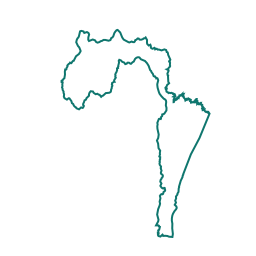 El Charco, Nariño, Colombia (Equal Earth projection), rotated 200°
{"feature_id": "7082276B87562004853041", "entity_name": "El Charco", "entity_type": "district", "adm_level": 2, "iso_a3": "COL", "parent_name": "Colombia", "parent_adm1": "Nariño", "projection": "equal_earth", "projection_center": [-77.861, 2.29], "detail": "fine", "context": "isolated", "style": "outline", "palette": "teal", "viewbox_px": 256, "rotation_deg": 200, "n_neighbors": 0, "source": "geoboundaries", "source_scale": "gbopen_adm2", "svg_char_len": 5846}
<svg xmlns="http://www.w3.org/2000/svg" viewBox="0 0 256 256"><g transform="rotate(200 128 128)"><path d="M195.1,133.8L194.0,135.6L193.2,135.8L190.4,133.9L189.2,132.2L187.7,131.8L186.5,130.5L185.2,129.8L184.0,129.6L183.2,128.9L180.4,128.8L179.1,131.3L177.6,131.3L177.2,131.7L177.0,133.4L177.2,133.9L178.1,134.3L178.4,135.7L178.2,136.9L178.3,139.1L177.2,140.3L177.2,141.9L175.7,145.0L176.2,146.3L176.2,148.2L175.6,149.8L173.4,150.3L172.3,149.3L169.9,148.7L168.5,149.7L166.9,149.3L166.1,149.5L163.9,148.1L163.3,149.3L162.5,149.9L160.8,153.2L157.7,154.7L156.7,155.8L156.6,156.9L157.0,158.3L156.9,159.9L157.3,161.1L157.1,162.3L157.4,162.9L158.0,163.2L158.3,165.0L157.1,166.3L157.0,166.8L156.6,166.9L157.2,167.5L157.3,168.5L156.7,171.1L157.5,171.7L157.6,172.9L158.2,173.6L158.3,175.2L158.0,176.2L158.0,178.6L158.7,180.2L157.9,180.9L158.3,181.4L158.1,182.4L158.4,182.7L158.8,186.4L159.7,188.0L159.5,189.1L157.8,189.1L156.0,188.2L154.0,188.2L152.4,187.1L151.2,188.0L150.9,189.1L150.5,189.4L149.2,189.7L147.7,189.2L147.1,189.4L146.2,191.4L145.3,192.4L145.0,195.3L144.2,196.8L143.2,197.7L141.9,198.2L141.2,198.1L139.4,197.0L135.0,196.8L132.3,195.4L129.9,193.5L127.0,190.0L125.7,189.4L124.9,188.4L123.2,187.4L121.6,185.5L120.2,185.7L119.7,185.1L118.7,184.9L118.4,184.3L117.6,184.8L117.2,184.7L115.9,183.1L115.5,179.2L114.9,177.8L113.9,175.9L111.4,172.5L110.1,171.0L107.5,169.3L104.3,167.7L103.5,167.7L101.8,166.9L101.0,165.5L100.2,162.2L98.7,160.1L97.9,157.6L98.8,153.8L100.5,152.4L100.0,151.4L100.0,150.8L100.6,149.9L100.5,148.7L100.2,148.1L100.3,147.6L101.7,147.4L102.1,147.0L102.2,142.8L101.4,141.6L101.1,139.7L100.1,137.4L96.9,132.3L96.2,128.9L96.5,126.1L94.4,123.7L92.4,119.5L90.0,117.7L89.5,115.2L88.9,114.2L88.8,111.9L87.8,111.7L87.1,109.4L87.3,109.0L86.9,108.0L86.9,107.3L86.4,106.9L86.3,105.5L85.6,104.3L83.8,103.1L83.6,101.7L83.4,101.7L83.0,100.7L81.9,99.4L81.9,97.6L81.6,96.7L81.1,96.2L79.7,95.9L78.8,94.9L78.8,93.4L79.3,92.3L79.2,91.6L79.6,90.3L79.3,88.6L77.6,87.3L77.8,84.7L76.0,83.4L74.5,83.1L74.1,83.2L73.6,84.1L73.1,84.2L71.8,82.3L71.8,81.4L72.7,80.1L72.5,78.1L72.9,77.5L73.8,77.4L74.4,76.7L74.8,75.1L73.5,73.1L73.1,69.6L72.0,67.9L71.8,66.1L71.9,62.0L71.0,56.6L68.0,52.3L67.7,50.6L68.3,46.1L66.1,46.9L65.5,46.7L65.3,46.1L64.2,46.0L63.9,43.0L64.5,42.5L64.6,41.9L63.2,39.6L63.1,38.8L63.8,39.0L63.2,37.6L62.4,36.9L60.4,37.1L59.1,39.6L58.8,39.4L58.9,38.7L58.1,38.6L56.0,39.5L54.0,40.0L52.3,39.9L49.0,40.8L49.6,43.8L52.1,48.8L53.6,53.3L55.1,55.9L55.9,58.2L56.4,60.9L56.4,62.8L55.9,65.7L55.0,68.2L54.9,69.6L55.7,70.8L57.8,71.8L57.4,74.3L58.8,75.9L58.7,78.3L59.5,80.0L58.8,82.3L59.1,83.3L58.7,85.2L59.7,88.6L59.7,89.9L60.0,90.3L60.4,96.5L60.0,100.5L60.3,101.9L60.1,103.0L60.3,103.3L59.9,124.8L57.4,143.1L56.3,169.4L56.6,169.6L56.7,169.3L57.0,169.6L57.0,169.3L58.0,169.7L58.3,170.2L58.5,170.0L59.2,170.4L59.8,170.2L60.0,169.7L60.8,169.8L61.7,170.3L62.0,170.9L62.6,171.0L62.6,171.4L63.2,170.9L63.3,171.2L63.6,170.7L64.0,171.1L64.2,170.8L64.5,171.4L65.1,171.6L65.1,172.4L64.5,172.8L64.1,172.7L64.0,173.0L64.8,173.3L65.2,173.9L65.9,173.9L66.6,174.8L66.5,175.2L67.9,175.2L68.0,176.1L68.3,175.8L68.3,174.9L68.9,174.8L69.0,175.5L69.8,174.5L70.1,174.6L70.2,175.5L70.7,175.7L71.3,174.3L71.8,175.3L71.4,175.8L72.0,176.3L72.1,177.2L72.6,177.3L73.1,176.8L73.5,177.0L73.6,177.3L73.2,177.8L73.3,178.7L73.7,178.6L74.4,177.0L74.3,176.3L73.4,175.4L73.8,174.9L75.0,175.3L75.2,174.6L75.7,174.6L76.7,173.8L77.1,174.2L77.6,173.6L78.1,174.5L78.8,174.5L78.7,176.0L80.1,176.2L80.1,175.6L80.8,175.3L80.5,174.7L81.3,176.1L81.6,176.3L82.3,174.5L82.9,174.6L82.5,175.2L83.0,175.3L83.1,174.2L83.5,173.5L84.4,174.8L85.9,175.6L86.4,176.7L87.2,176.5L87.5,177.2L87.4,178.4L88.1,177.7L88.1,178.3L88.6,177.9L88.7,178.5L89.3,177.3L90.7,176.3L90.4,175.9L90.8,175.7L90.7,174.1L91.1,174.1L90.8,173.3L91.8,173.2L91.8,172.4L92.2,172.4L92.1,171.7L92.6,171.6L92.6,170.8L93.9,170.5L94.0,169.7L93.7,169.5L93.9,169.2L93.8,168.0L94.0,167.9L94.9,170.5L94.6,171.8L94.9,172.6L94.6,173.3L96.0,173.1L94.9,174.9L95.8,175.8L96.9,175.4L97.2,175.8L97.7,175.5L98.2,175.9L99.3,175.9L100.1,175.3L101.8,175.2L101.9,174.8L104.3,175.4L104.9,176.5L105.1,178.5L105.8,178.6L106.2,178.0L106.6,178.6L106.0,180.2L105.9,182.1L105.2,183.0L104.7,184.2L105.9,185.1L108.1,190.3L108.2,191.1L108.8,191.2L109.6,192.6L109.4,195.4L109.6,196.1L111.5,196.4L110.7,197.0L110.2,198.8L109.6,199.9L109.6,200.7L110.1,201.3L110.8,203.7L111.5,204.1L111.5,204.6L112.1,204.7L112.1,205.3L111.6,205.7L111.6,206.7L115.3,210.5L116.1,212.0L116.8,212.7L117.6,212.6L118.8,214.3L120.7,214.3L123.0,212.4L125.9,212.3L126.8,211.8L128.1,212.3L129.4,211.2L130.0,212.2L130.6,212.4L131.9,210.9L133.2,210.9L134.0,211.3L134.5,212.7L135.5,213.9L136.7,212.6L138.6,213.5L139.3,214.5L140.2,217.2L142.4,219.1L142.9,218.1L144.0,217.5L144.4,216.6L145.8,215.5L147.4,215.0L148.6,215.7L149.6,215.4L150.3,213.8L151.2,213.1L151.2,211.6L151.6,210.8L152.6,210.4L154.1,210.5L155.9,208.9L156.8,208.8L162.3,209.6L164.4,211.1L168.0,215.1L171.3,216.6L172.2,216.0L172.9,214.2L173.3,212.4L173.2,209.3L173.6,207.8L174.5,206.8L174.6,204.6L176.1,203.4L179.5,203.0L181.1,202.4L182.3,200.9L183.4,200.2L184.2,199.0L185.8,197.8L187.3,197.9L189.0,199.1L191.4,199.1L194.4,196.4L195.5,197.3L196.3,199.7L196.5,202.6L197.7,203.8L199.4,204.1L201.6,202.4L202.8,203.5L205.0,203.3L205.9,202.7L206.1,202.4L205.5,197.4L205.6,196.1L206.1,195.0L206.3,193.5L206.0,190.9L203.1,188.0L201.4,187.1L199.0,184.4L198.8,183.8L199.4,180.8L201.4,177.6L202.0,172.6L202.5,172.4L202.9,171.6L203.4,169.6L204.8,169.6L204.8,168.8L205.6,168.0L206.4,166.0L205.9,165.1L206.3,163.2L206.0,162.1L206.5,161.3L207.0,161.3L206.6,159.3L205.5,156.7L204.8,152.9L205.4,152.1L205.8,150.4L206.5,149.9L206.6,149.6L206.1,148.4L205.0,148.5L204.6,146.3L203.9,145.0L203.9,143.6L203.0,142.7L202.5,141.5L201.0,140.2L200.6,139.0L199.6,137.9L199.0,135.5L197.8,134.3L195.1,133.8Z" fill="none" stroke="#0f766e" stroke-width="2"/></g></svg>